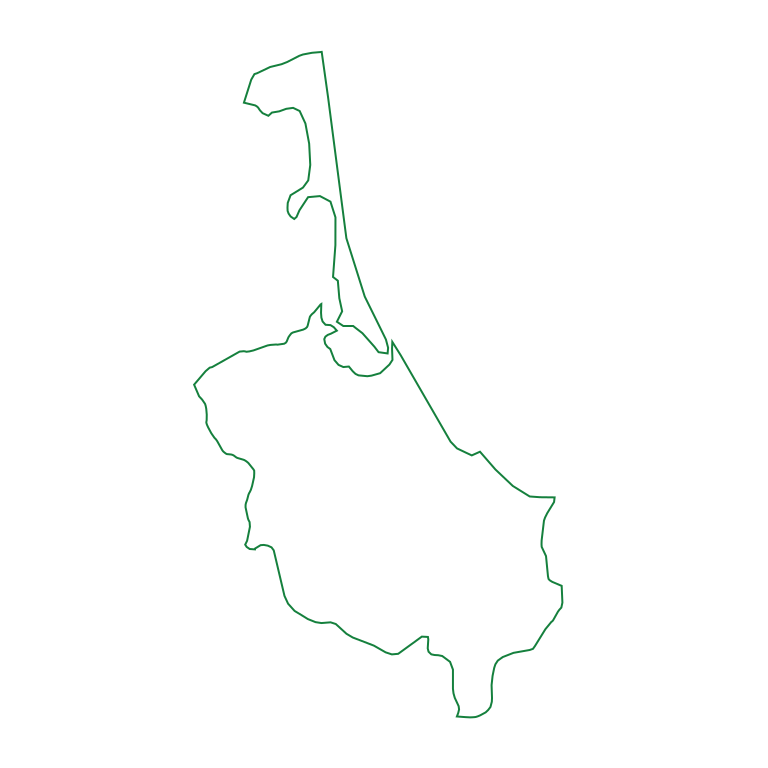 outline of Songkhla, rotated 3°
{"feature_id": "THA-386", "entity_name": "Songkhla", "entity_type": "Province", "adm_level": 1, "iso_a3": "THA", "parent_name": "Thailand", "parent_adm1": "", "projection": "robinson", "projection_center": [100.464, 7.118], "detail": "fine", "context": "isolated", "style": "outline", "palette": "green", "viewbox_px": 768, "rotation_deg": 3, "n_neighbors": 0, "source": "natural_earth", "source_scale": "10m", "svg_char_len": 3392}
<svg xmlns="http://www.w3.org/2000/svg" viewBox="0 0 768 768"><g transform="rotate(3 384 384)"><path d="M263.8,555.9L258.5,555.8L255.4,553.9L253.8,551.7L255.5,547.7L257.6,533.6L257.0,528.9L255.7,526.7L255.1,525.2L252.2,514.4L252.1,511.9L252.4,510.0L253.4,506.8L254.4,501.8L255.0,500.1L255.6,499.0L256.6,496.6L257.6,492.8L259.1,483.9L259.1,480.0L258.9,477.3L258.2,476.2L252.6,469.9L250.7,468.5L248.6,467.3L247.3,466.9L241.8,465.6L240.6,465.2L237.6,463.2L236.4,462.7L235.0,462.4L230.7,462.2L229.6,461.7L227.5,460.2L226.7,459.5L225.9,458.5L220.5,449.9L219.1,448.1L217.4,446.5L214.1,442.2L210.7,436.6L209.3,433.9L208.6,431.9L208.6,431.5L208.6,431.3L208.6,431.1L208.8,429.4L208.6,423.9L207.8,418.1L207.1,415.3L206.4,413.3L203.2,409.1L200.0,406.0L194.4,394.6L205.2,380.5L209.1,376.8L211.5,376.1L238.1,359.2L242.2,358.6L243.6,358.7L244.9,359.0L247.8,358.5L251.9,357.3L265.7,351.6L268.7,350.9L274.2,350.2L275.6,350.3L282.2,349.0L283.7,348.0L284.6,346.7L286.1,342.4L287.1,340.7L288.8,338.3L290.4,337.3L300.5,333.9L302.8,332.6L304.2,331.1L304.7,329.8L306.2,322.1L306.5,320.7L307.3,319.4L308.3,318.1L310.5,316.0L316.5,307.9L317.2,307.4L317.4,316.2L318.0,321.0L319.4,324.8L322.5,327.9L327.5,328.0L330.9,329.9L334.1,333.2L328.4,336.5L325.3,337.9L323.0,339.8L322.0,342.3L323.1,346.8L325.6,350.0L328.5,351.9L333.3,362.8L337.6,367.3L342.5,369.2L348.0,368.4L352.1,372.9L355.0,375.4L358.1,376.7L367.0,377.1L371.1,376.3L379.6,373.4L388.4,364.3L391.2,359.5L390.2,348.4L390.1,341.5L399.1,354.3L453.5,438.1L460.3,444.5L469.7,448.4L475.4,450.7L483.4,446.6L489.2,452.6L499.7,463.5L518.0,479.1L535.4,488.7L545.7,488.9L560.3,488.3L560.0,493.0L553.8,504.4L551.8,509.0L550.9,512.1L549.6,532.1L549.7,535.8L550.0,538.4L554.8,547.4L557.8,567.3L558.5,570.0L559.3,570.9L560.2,571.6L562.4,572.8L572.0,576.3L573.6,593.0L572.8,598.0L570.9,600.3L569.6,602.3L565.3,611.0L564.5,612.1L563.6,612.8L558.0,620.4L548.4,637.9L546.6,640.7L543.4,642.0L527.4,645.7L516.8,650.5L512.1,654.3L509.9,658.1L508.9,661.8L507.7,669.8L507.2,679.1L508.3,692.0L508.3,695.7L507.2,701.0L505.0,704.2L502.7,706.6L497.3,709.9L495.0,711.0L493.1,711.7L491.4,712.0L487.6,712.4L482.7,712.4L474.2,712.2L475.3,708.8L476.0,705.1L475.4,701.8L471.1,693.7L469.6,689.3L468.8,684.7L467.8,665.6L464.5,658.0L456.4,652.6L452.3,652.0L448.7,652.0L445.4,651.5L442.5,649.0L441.5,645.7L441.6,636.7L441.1,634.3L435.0,634.3L412.3,652.7L406.0,653.6L399.7,651.9L387.6,645.8L366.1,638.8L359.6,635.4L348.4,626.2L343.1,624.8L334.0,626.0L328.1,625.4L320.2,622.7L316.8,620.8L306.6,615.3L299.7,608.4L295.7,600.8L282.6,555.9L280.2,553.0L276.4,551.5L272.4,551.0L269.2,551.4L263.8,555.1L263.8,555.9ZM304.4,55.6L313.2,100.9L338.8,240.4L360.2,297.7L379.1,331.4L383.6,339.5L386.2,347.6L386.0,353.3L376.9,352.5L372.5,347.3L359.8,334.4L353.0,329.7L350.2,327.7L340.3,328.2L333.7,324.3L338.4,313.6L334.9,300.7L332.5,283.3L327.5,279.8L328.2,247.9L326.8,220.1L321.0,204.7L310.2,199.7L298.4,201.4L290.5,214.9L287.9,221.8L285.7,223.9L282.0,221.6L279.8,218.8L278.7,216.2L278.4,213.0L278.4,208.2L280.8,200.4L292.8,192.1L297.7,184.6L298.9,169.1L296.7,148.0L291.9,128.0L285.5,115.8L278.8,113.0L272.0,114.3L265.1,117.2L257.9,118.8L254.5,122.2L248.6,119.9L245.8,117.2L243.8,114.5L242.3,113.3L240.7,112.5L229.4,110.4L235.5,87.0L238.4,81.3L239.7,80.8L240.8,80.4L253.7,73.4L265.0,70.0L270.5,67.5L282.2,60.7L285.8,59.2L294.8,57.0L302.8,55.9L304.4,55.6Z" fill="none" stroke="#15803d" stroke-width="2"/></g></svg>